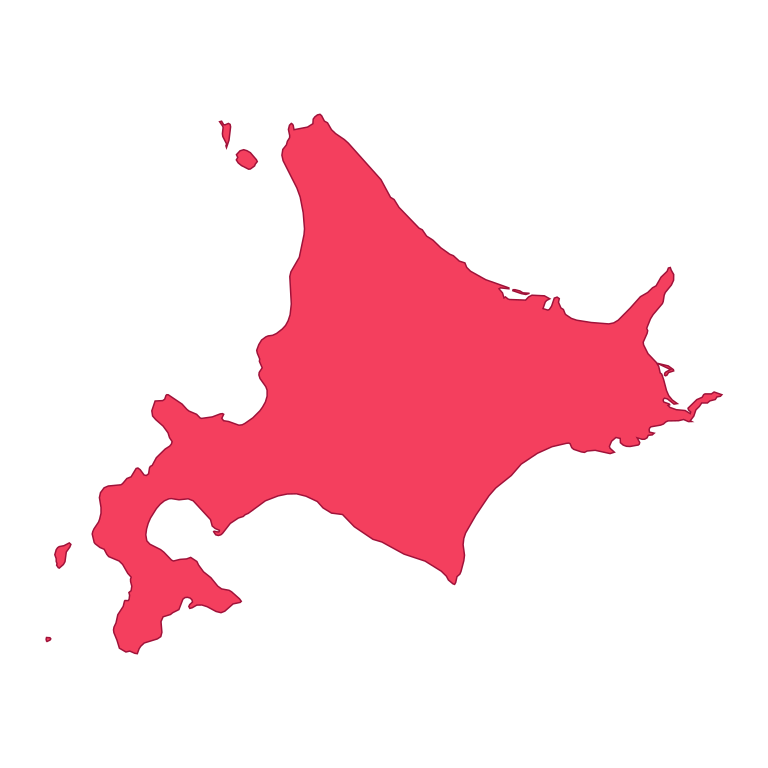 Hokkaidō, Natural Earth projection
{"feature_id": "JPN-1847", "entity_name": "Hokkaidō", "entity_type": "Circuit", "adm_level": 1, "iso_a3": "JPN", "parent_name": "Japan", "parent_adm1": "", "projection": "natural_earth1", "projection_center": [142.428, 43.461], "detail": "fine", "context": "isolated", "style": "filled", "palette": "rose", "viewbox_px": 768, "rotation_deg": 0, "n_neighbors": 0, "source": "natural_earth", "source_scale": "10m", "svg_char_len": 6104}
<svg xmlns="http://www.w3.org/2000/svg" viewBox="0 0 768 768"><path d="M714.1,392.0L721.9,394.7L720.4,396.3L717.0,396.9L715.3,399.5L709.9,400.9L707.4,403.0L701.7,403.0L699.4,406.4L695.9,409.9L693.8,416.1L690.3,420.7L691.7,421.5L688.4,421.6L683.6,419.5L678.6,420.7L668.0,420.9L665.7,422.0L663.5,424.0L660.7,425.1L651.0,426.8L649.7,427.9L649.1,429.7L649.5,432.1L654.2,433.2L652.2,434.9L648.3,435.3L647.1,437.8L644.7,439.2L642.1,439.3L637.1,437.8L639.7,442.4L639.3,444.1L638.3,445.0L630.0,446.5L626.4,446.3L623.2,445.1L620.4,442.7L620.2,438.4L615.9,437.5L611.6,441.2L609.4,446.3L610.0,448.2L614.4,452.2L610.1,453.6L595.2,450.3L587.2,451.0L584.5,452.4L581.3,451.9L573.6,449.3L571.7,447.6L570.1,443.7L568.8,443.1L566.5,443.3L552.0,446.7L537.4,453.3L521.2,464.1L511.3,475.5L495.6,488.1L489.0,495.7L475.9,515.1L465.6,533.0L463.8,538.5L463.1,544.7L464.5,555.2L463.8,560.8L461.0,571.5L459.8,574.2L457.0,576.6L455.7,582.5L454.6,584.4L452.9,583.8L448.4,580.0L446.4,576.2L441.3,571.2L425.1,561.1L404.0,554.1L381.9,542.0L372.9,539.3L354.3,526.7L342.5,514.5L331.5,513.1L323.0,507.9L317.3,501.5L306.0,496.2L296.5,493.8L287.2,494.0L278.1,495.9L265.4,500.8L248.2,513.4L245.3,514.6L243.2,516.5L238.4,518.0L230.3,523.4L222.5,533.4L220.8,534.8L218.3,535.5L215.7,534.8L213.6,531.7L214.1,531.2L218.2,532.0L219.1,531.7L219.4,530.3L215.2,528.5L212.2,526.0L210.5,519.6L193.2,500.8L188.2,498.8L179.0,499.8L171.5,498.6L168.9,498.8L164.4,500.8L160.2,504.2L156.4,508.6L150.5,518.0L148.2,523.3L146.6,528.9L145.8,534.8L146.8,540.8L149.9,544.2L160.6,549.6L163.9,552.2L171.6,560.2L173.5,561.0L179.9,559.4L186.6,558.9L190.7,557.4L196.9,561.5L198.6,565.1L203.5,571.8L210.9,577.7L217.8,586.2L221.6,588.9L229.1,590.3L231.6,591.8L239.5,598.8L241.3,601.3L240.2,602.4L233.1,603.9L224.8,611.2L221.0,612.7L216.1,611.5L207.2,606.7L201.9,605.0L196.8,605.1L192.1,607.8L189.8,608.4L188.8,606.5L189.7,604.6L192.5,602.0L191.9,599.7L190.0,598.0L187.4,597.3L184.9,597.6L182.9,599.2L178.9,609.6L172.7,612.7L170.5,614.5L163.1,616.8L161.0,621.6L161.9,632.3L160.8,636.6L157.4,638.9L144.2,643.0L140.7,646.3L139.1,648.8L137.3,653.7L134.8,653.3L129.8,651.1L125.9,652.0L119.4,648.2L117.0,640.3L113.9,632.7L113.5,629.9L114.0,627.1L116.0,622.9L117.8,614.7L123.2,606.4L124.5,601.1L125.0,600.5L128.2,600.6L129.1,599.3L129.6,595.2L128.9,592.5L131.1,590.7L131.8,586.2L130.6,581.6L130.5,579.2L131.2,577.2L127.8,573.4L122.6,564.4L119.1,561.0L108.7,556.6L106.8,554.3L104.2,549.3L100.0,547.5L95.3,543.9L94.2,542.5L92.2,534.0L92.8,531.5L94.0,528.8L98.5,522.1L99.6,519.2L101.0,513.3L101.0,507.4L99.4,497.6L100.5,492.6L104.1,487.8L108.3,486.0L120.9,484.8L122.5,483.7L126.9,478.5L131.1,476.8L136.1,468.5L137.9,468.0L140.2,469.7L144.1,475.0L146.3,475.5L148.6,473.8L149.5,467.8L150.3,466.4L152.2,465.4L156.4,457.6L165.2,449.0L169.6,446.2L171.4,444.1L172.1,441.6L169.5,437.6L168.0,432.8L163.1,426.1L155.7,419.6L152.6,416.0L151.8,410.8L155.1,401.0L162.7,400.6L164.7,399.2L166.0,395.4L166.8,394.7L168.3,394.8L182.1,404.1L187.0,409.5L189.1,411.1L196.6,414.3L200.2,418.0L201.6,418.4L212.3,416.9L220.2,413.9L222.5,413.6L223.7,414.3L221.8,418.3L223.6,420.7L228.6,421.5L238.9,425.2L242.2,424.8L244.9,423.4L252.9,417.8L259.9,410.8L262.6,407.0L265.4,402.0L267.1,396.2L267.1,390.2L265.8,386.7L260.0,378.5L258.9,375.0L259.2,372.4L262.2,367.8L259.4,361.4L259.7,359.0L257.3,353.2L256.7,350.3L258.8,344.6L261.6,340.0L265.8,336.9L268.2,335.9L272.6,335.3L276.5,333.5L282.3,329.0L285.6,325.4L288.1,320.8L290.1,314.8L291.3,304.0L289.8,276.5L290.9,271.8L299.3,257.3L304.0,234.7L304.5,228.9L303.2,212.7L300.2,197.1L296.9,188.0L283.1,160.7L281.9,155.2L282.8,149.4L286.4,144.9L287.4,141.2L289.6,137.7L289.7,135.6L288.4,129.4L289.5,125.2L291.3,123.4L292.5,124.2L293.2,125.3L294.0,129.7L307.5,127.1L312.9,123.7L313.2,119.1L314.8,116.9L317.4,114.9L320.0,114.3L321.6,115.7L324.4,121.1L327.5,122.8L331.5,129.7L335.6,133.6L344.4,139.6L348.3,143.1L381.0,179.7L390.5,197.3L394.1,199.5L399.0,207.4L419.0,228.1L422.3,229.8L426.6,236.1L433.0,240.2L440.8,247.8L449.7,254.2L453.4,255.7L459.3,261.1L464.9,262.9L466.7,267.4L470.5,271.2L485.7,279.7L508.9,287.9L508.9,288.8L500.5,287.9L499.0,288.8L502.5,292.9L504.0,297.9L505.4,296.9L508.2,299.1L509.6,299.5L525.6,300.1L528.5,297.0L531.9,295.2L544.4,295.8L549.8,298.8L546.6,300.5L545.2,302.2L543.0,308.6L547.9,310.1L549.4,309.4L551.6,306.1L554.3,298.1L557.1,297.1L559.3,298.6L558.5,302.3L560.9,307.9L563.4,309.5L565.1,313.8L566.0,314.8L571.4,318.4L576.7,320.2L591.2,322.5L608.8,323.9L613.7,322.9L618.2,320.2L630.1,308.2L640.4,296.7L647.7,292.5L652.5,287.8L656.1,285.8L661.0,277.2L667.1,271.3L668.4,268.0L670.3,267.5L671.2,270.1L673.7,274.5L673.6,280.2L671.4,285.0L665.3,292.5L664.2,295.2L663.2,301.6L662.4,303.6L653.1,314.6L650.5,318.8L646.7,328.3L647.7,330.7L647.1,333.4L643.2,342.2L643.6,344.9L648.0,353.7L656.2,362.3L658.7,366.4L660.2,372.9L661.7,374.1L663.6,379.5L666.5,390.5L668.7,395.6L672.3,400.0L677.3,403.6L674.0,404.1L667.4,398.9L664.4,398.2L663.4,399.3L663.2,400.8L663.9,402.1L669.1,403.9L669.7,404.8L668.0,405.4L669.9,407.4L676.3,409.7L685.1,410.5L690.2,413.6L690.7,412.0L688.5,409.9L688.0,408.2L696.8,399.6L702.1,397.3L703.7,394.6L705.0,393.9L711.4,393.9L714.1,392.0ZM256.4,159.7L257.3,161.6L255.3,164.1L254.6,165.9L250.4,169.0L248.6,169.2L241.5,165.6L238.2,162.9L236.3,159.9L237.8,157.4L236.4,154.7L240.0,150.8L243.7,149.7L247.0,150.7L250.4,152.7L256.4,159.7ZM69.3,542.9L70.9,544.4L69.8,547.1L66.3,552.0L65.0,561.7L63.4,564.5L59.3,568.1L58.3,567.7L56.6,565.2L57.0,563.7L56.2,561.4L56.2,558.7L54.8,554.7L56.2,549.7L57.6,547.7L59.2,546.6L63.9,545.7L69.3,542.9ZM228.4,123.4L230.1,124.4L230.6,126.8L229.0,140.2L226.5,147.6L225.9,145.8L226.6,144.0L222.8,136.5L222.4,133.8L223.1,127.5L222.6,126.1L219.6,121.7L221.6,121.2L223.7,124.7L225.1,124.8L228.4,123.4ZM668.3,365.9L673.4,369.6L673.7,370.9L668.5,372.6L667.0,375.1L665.6,375.8L664.5,375.2L664.8,373.1L666.0,371.9L670.5,369.5L657.0,363.2L668.3,365.9ZM519.8,290.9L522.9,292.8L529.5,293.3L525.9,294.5L521.3,293.6L512.8,290.7L513.1,289.7L515.1,289.7L519.8,290.9ZM49.9,637.7L50.8,638.9L50.0,640.1L47.0,641.5L46.5,641.0L46.1,639.2L46.5,637.5L49.9,637.7Z" fill="#f43f5e" stroke="#9f1239" stroke-width="1.5"/></svg>